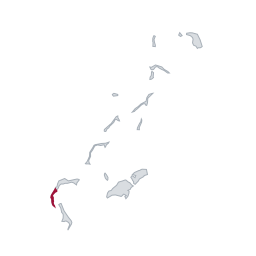 North Abaco highlighted on a map of The Bahamas, rotated 254°
{"feature_id": "BHS-5014", "entity_name": "North Abaco", "entity_type": "District", "adm_level": 1, "iso_a3": "BHS", "parent_name": "The Bahamas", "parent_adm1": "", "projection": "natural_earth1", "projection_center": [-77.637, 26.808], "detail": "fine", "context": "in_parent", "style": "filled", "palette": "rose", "viewbox_px": 256, "rotation_deg": 254, "n_neighbors": 0, "source": "natural_earth", "source_scale": "10m", "svg_char_len": 3624}
<svg xmlns="http://www.w3.org/2000/svg" viewBox="0 0 256 256"><g transform="rotate(254 128 128)"><path d="M78.6,104.0L78.6,107.8L78.8,110.6L78.6,111.6L75.8,113.5L75.0,114.6L72.4,115.7L70.8,117.1L70.0,114.7L68.4,113.2L68.1,110.7L66.9,111.6L65.2,111.0L62.4,109.1L60.6,106.5L63.1,106.1L63.6,107.7L65.6,105.7L65.2,104.6L64.8,104.5L64.1,102.6L67.1,97.5L67.8,94.2L66.4,88.9L67.7,88.5L71.1,90.4L72.6,92.2L72.6,94.7L74.1,96.7L76.1,101.3L78.6,104.0ZM80.9,118.3L80.9,119.0L78.3,121.0L80.2,122.4L82.0,119.4L83.4,121.9L84.1,126.5L84.0,127.3L84.1,128.0L84.4,128.9L84.5,130.2L83.1,134.3L77.9,133.9L77.8,130.4L77.0,129.8L75.8,124.9L74.2,123.3L71.9,119.3L73.2,118.2L75.0,118.6L75.9,118.1L78.3,117.7L79.7,117.1L80.9,118.3ZM202.5,213.8L201.7,216.1L199.0,220.5L192.8,221.6L185.9,221.8L185.4,220.6L185.2,219.5L185.7,217.9L185.7,217.3L185.4,216.6L187.9,215.9L189.5,213.9L192.1,213.5L195.3,215.0L197.1,215.0L199.6,213.4L201.7,210.0L202.9,210.5L202.5,213.8ZM92.1,66.6L91.6,66.9L89.3,63.7L87.5,62.8L90.3,60.6L91.5,58.7L91.5,54.6L92.2,52.3L92.0,50.3L92.6,48.3L91.7,46.1L89.4,44.3L84.7,37.2L77.3,35.4L73.4,35.4L75.6,34.2L77.5,34.4L80.5,35.0L84.1,35.4L86.3,37.5L88.4,40.2L90.2,41.4L91.0,42.1L90.9,42.9L91.3,43.6L93.7,44.9L96.2,47.0L96.9,53.2L93.6,56.1L93.0,65.0L92.1,66.6ZM59.2,40.8L62.3,41.8L64.0,41.7L65.0,41.0L69.7,41.3L73.4,40.3L74.0,42.0L73.9,42.9L65.9,43.7L58.6,46.1L54.6,47.8L52.7,48.0L51.2,47.1L46.4,42.0L47.7,42.6L51.3,45.4L53.5,44.9L55.6,43.0L55.9,41.6L55.6,40.9L56.5,38.7L59.2,40.8ZM107.1,79.6L111.4,83.2L115.1,84.5L119.0,88.9L120.7,90.5L121.0,91.9L120.4,98.4L119.5,102.4L119.7,105.8L118.7,104.8L117.8,102.6L116.2,101.3L115.7,100.6L118.5,100.4L118.7,96.9L120.1,94.1L119.9,91.1L116.6,87.9L114.4,85.1L111.0,84.2L107.8,81.4L106.0,81.0L103.7,81.5L104.5,79.9L105.1,77.6L105.5,77.2L107.1,79.6ZM154.6,160.7L154.5,161.5L151.1,155.2L146.9,153.7L144.6,152.2L145.0,151.4L146.7,151.0L147.0,149.0L146.3,146.9L144.0,142.5L142.8,139.6L142.2,138.9L142.1,136.5L144.7,140.3L145.8,143.7L147.5,147.0L148.7,152.7L152.1,154.6L154.5,157.4L154.6,160.7ZM171.3,181.9L169.5,182.9L169.9,181.3L173.4,178.5L175.4,176.1L176.5,175.2L176.8,174.6L178.4,173.7L179.2,172.1L178.9,170.9L177.3,168.8L177.3,167.3L177.9,166.3L180.6,165.8L179.9,167.3L181.0,171.8L177.4,177.3L174.3,179.0L171.3,181.9ZM142.2,119.9L142.4,121.5L140.6,121.1L138.0,121.8L137.1,121.8L137.7,120.7L139.5,119.2L139.5,117.8L137.3,115.8L134.7,110.8L133.5,109.6L132.9,107.7L130.8,105.7L131.2,104.6L131.7,104.3L133.1,104.9L136.5,112.1L136.7,112.8L142.2,119.9ZM201.9,175.2L203.5,175.7L204.4,175.6L207.4,176.6L209.2,177.9L209.6,178.4L208.6,179.5L205.9,177.4L203.4,177.1L200.1,177.1L198.7,176.7L199.6,174.4L201.9,175.2ZM175.2,166.0L175.8,166.6L174.1,167.8L170.3,166.3L169.5,166.4L168.7,164.7L168.4,163.5L168.6,162.4L170.8,163.3L172.1,164.9L175.2,166.0ZM88.9,94.4L86.0,95.1L83.9,94.4L83.4,93.9L84.3,93.1L86.2,92.4L89.4,92.3L90.8,93.1L91.0,93.5L88.9,94.4ZM133.0,143.3L131.9,143.5L129.9,142.7L125.3,138.9L123.2,138.5L123.9,136.4L125.5,137.1L129.2,140.4L130.6,142.1L133.0,143.3ZM165.2,124.0L163.1,127.4L162.0,127.1L162.6,122.8L164.0,122.2L164.6,122.2L165.2,124.0ZM205.4,204.0L201.9,205.5L201.5,203.7L203.3,202.3L205.4,204.0Z" fill="#d9dde1" stroke="#a8b0b8" stroke-width="1"/><path d="M88.2,41.7L88.1,41.9L87.9,42.0L87.3,42.1L86.8,41.9L86.7,41.5L86.8,41.1L86.4,40.0L85.2,37.9L84.5,37.0L84.1,36.6L83.5,36.4L82.9,36.4L82.4,36.7L82.0,36.8L81.4,36.7L79.8,36.2L79.4,36.1L78.4,36.1L78.0,36.0L77.3,35.5L76.9,35.3L76.4,35.2L74.3,35.3L73.5,35.7L73.0,35.7L73.3,35.5L74.2,34.8L75.4,34.6L77.8,34.6L80.2,35.2L81.6,35.3L82.2,34.8L83.6,35.5L84.7,36.4L89.4,41.4L88.2,41.7Z" fill="#f43f5e" stroke="#9f1239" stroke-width="1.5"/></g></svg>